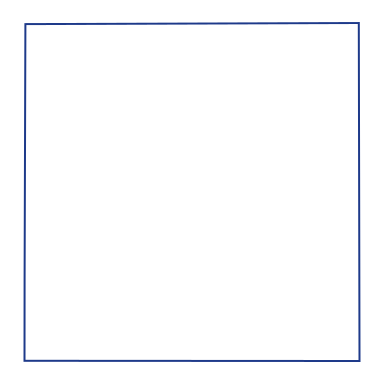 outline of Wright, Iowa, United States of America
{"feature_id": "52423323B97285304575303", "entity_name": "Wright", "entity_type": "district", "adm_level": 2, "iso_a3": "USA", "parent_name": "United States of America", "parent_adm1": "Iowa", "projection": "orthographic", "projection_center": [-93.814, 42.733], "detail": "fine", "context": "isolated", "style": "outline", "palette": "blue", "viewbox_px": 384, "rotation_deg": 0, "n_neighbors": 0, "source": "geoboundaries", "source_scale": "gbopen_adm2", "svg_char_len": 193}
<svg xmlns="http://www.w3.org/2000/svg" viewBox="0 0 384 384"><path d="M24.5,360.8L359.5,361.0L358.8,23.0L25.4,24.1L24.6,277.5L24.5,360.8Z" fill="none" stroke="#1e3a8a" stroke-width="2"/></svg>